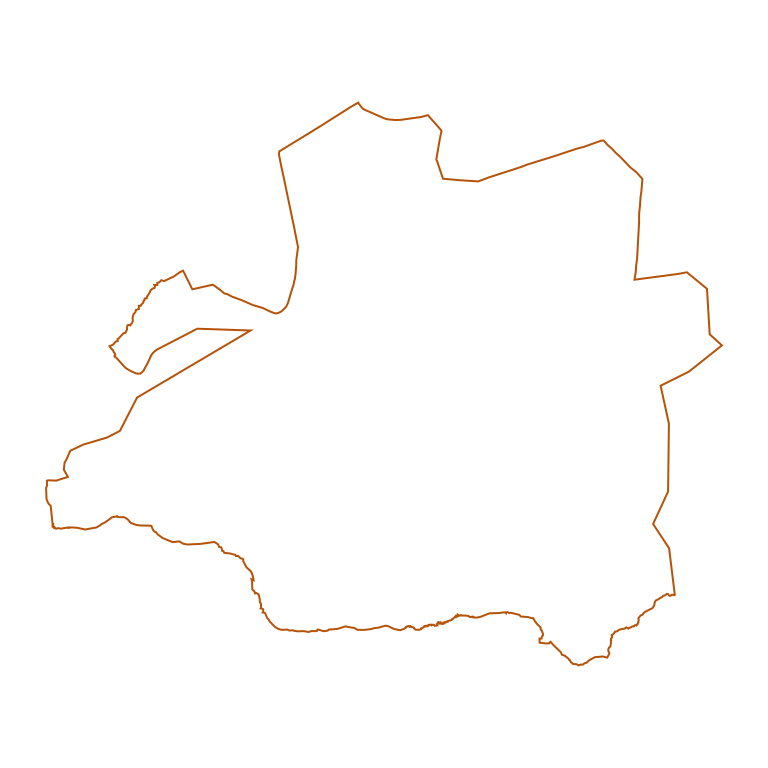 outline of Leikanger nor, Sogn og Fjordane, Norway
{"feature_id": "86288312B45194793520857", "entity_name": "Leikanger nor", "entity_type": "district", "adm_level": 2, "iso_a3": "NOR", "parent_name": "Norway", "parent_adm1": "Sogn og Fjordane", "projection": "orthographic", "projection_center": [6.794, 61.244], "detail": "fine", "context": "isolated", "style": "outline", "palette": "amber", "viewbox_px": 768, "rotation_deg": 0, "n_neighbors": 0, "source": "geoboundaries", "source_scale": "gbopen_adm2", "svg_char_len": 6066}
<svg xmlns="http://www.w3.org/2000/svg" viewBox="0 0 768 768"><path d="M183.1,270.7L179.5,272.4L173.8,276.5L164.0,281.1L161.3,280.2L159.3,282.3L157.3,282.8L157.4,284.9L154.4,285.0L154.9,286.0L154.9,287.0L154.5,288.0L152.4,288.6L151.5,289.6L150.5,290.2L150.0,292.2L149.1,293.3L148.1,295.3L147.1,296.4L146.7,298.4L144.7,298.5L144.4,300.2L143.7,300.6L143.3,302.6L141.3,304.7L140.9,305.7L138.8,305.8L138.9,308.9L135.9,310.0L135.5,312.0L133.5,314.1L132.6,317.2L132.8,321.3L131.8,323.3L130.8,324.4L130.4,325.4L129.3,324.9L128.3,325.0L127.3,325.5L127.0,329.6L125.5,332.7L123.5,333.2L118.6,338.5L117.6,339.0L117.7,341.1L115.7,341.6L112.8,344.8L109.5,346.2L111.4,348.8L112.9,350.0L113.7,351.9L115.1,354.0L115.3,354.8L114.4,356.2L114.6,356.6L116.5,357.9L123.9,366.2L126.2,368.4L131.2,371.3L136.3,373.5L140.1,373.7L141.7,372.6L143.4,370.8L147.9,362.6L151.0,355.7L152.8,353.1L155.0,351.0L157.5,349.3L197.3,328.7L250.6,330.5L137.1,397.5L119.9,430.9L106.8,437.6L83.2,444.6L70.2,450.8L66.7,459.0L64.6,462.6L63.8,469.6L67.9,476.9L56.2,480.6L48.3,480.3L46.9,480.7L47.0,485.7L46.1,487.7L46.5,498.9L47.6,501.9L48.7,503.9L50.7,505.8L52.5,523.5L52.8,523.4L53.2,523.8L52.8,524.3L52.5,523.7L52.6,524.9L52.9,525.1L52.6,525.4L53.8,526.5L51.6,526.5L53.6,526.8L53.6,527.5L53.8,527.9L56.3,528.7L58.5,528.1L60.4,528.7L68.6,527.4L68.6,527.9L71.3,527.4L77.3,527.8L85.2,529.5L96.3,527.5L100.1,525.4L101.9,523.8L103.9,523.1L108.6,519.9L111.9,517.3L116.1,516.6L117.1,516.1L117.5,516.8L119.6,517.2L123.6,517.1L125.7,518.0L128.4,520.0L129.4,521.5L130.9,522.9L136.3,525.0L141.0,525.5L149.0,525.6L151.4,525.9L153.0,529.8L154.4,531.6L156.0,532.2L157.7,534.4L162.8,538.1L172.6,542.1L179.3,541.4L183.2,543.7L187.3,544.5L200.5,543.9L214.2,542.0L216.8,543.4L218.4,544.9L219.0,546.9L221.0,547.3L221.5,547.8L222.1,550.8L223.4,551.2L224.2,552.8L230.2,553.5L235.4,554.9L236.0,556.1L238.0,555.9L240.6,558.3L242.7,558.8L243.2,559.3L243.3,561.3L246.5,567.3L250.7,571.2L251.8,573.2L252.9,576.2L253.6,580.2L251.5,579.3L252.1,581.3L252.3,589.4L254.4,591.4L255.0,593.4L256.0,592.9L258.6,594.3L259.8,599.3L259.9,602.4L260.9,603.4L261.1,607.4L260.6,608.4L262.6,608.9L263.2,609.4L263.2,611.4L262.7,612.4L264.8,612.9L265.3,613.4L266.4,616.4L267.5,618.4L268.6,619.4L269.6,621.3L273.3,625.3L275.4,627.2L278.3,628.9L281.4,629.8L287.4,629.6L289.5,630.6L292.7,630.2L294.0,630.8L297.6,631.3L303.7,631.1L308.6,632.0L312.0,630.9L314.7,631.2L317.1,630.8L317.1,630.5L317.5,629.7L318.1,629.5L323.6,631.2L327.7,630.6L328.7,629.6L337.4,628.9L345.3,626.4L354.6,628.1L357.3,629.8L364.4,629.9L370.9,629.1L374.9,628.0L377.9,627.8L385.3,625.7L387.9,626.0L393.2,628.6L399.0,630.1L400.5,630.1L404.0,628.8L406.2,627.4L406.1,626.9L408.5,626.0L409.1,626.1L409.4,626.7L410.3,626.2L410.5,626.7L410.9,626.5L412.1,627.2L413.4,627.4L413.9,627.7L414.0,628.4L415.6,629.7L419.3,629.8L421.1,629.1L421.1,628.4L422.6,627.9L423.9,626.8L424.7,626.8L425.0,626.4L424.8,626.0L426.6,625.6L426.6,625.2L427.2,626.4L428.6,625.6L428.6,624.9L430.9,624.6L431.4,625.4L432.6,624.7L434.0,624.9L434.7,625.8L437.3,625.5L436.9,624.2L437.7,624.0L437.7,623.0L438.3,622.9L438.1,622.2L438.3,622.1L439.7,622.4L439.9,624.5L440.1,623.7L440.7,623.6L441.0,622.9L441.3,623.5L442.3,624.0L443.4,623.8L443.3,622.8L444.4,622.9L444.4,622.3L445.1,622.0L445.7,622.3L445.9,621.8L447.7,621.8L447.9,621.0L450.1,620.4L450.7,620.5L451.5,620.1L451.8,619.3L452.7,619.0L454.9,616.9L455.3,617.1L455.7,616.3L455.9,616.6L456.9,616.3L457.0,616.0L457.1,616.4L457.4,616.0L458.0,616.2L458.9,615.9L458.8,615.4L459.2,615.7L460.6,615.2L460.6,615.5L461.7,615.5L466.0,615.6L468.7,616.1L469.5,616.9L472.0,617.0L472.4,616.6L473.5,616.8L473.7,617.1L473.6,617.4L476.8,617.6L480.3,616.9L489.6,613.3L499.7,613.0L503.7,612.3L505.6,612.6L506.0,613.1L506.2,612.2L507.7,612.2L509.4,613.1L511.1,612.8L519.4,614.9L520.8,616.5L528.1,617.1L531.6,618.1L533.2,618.2L535.1,621.5L537.5,624.5L540.6,627.4L540.7,629.4L541.6,630.3L542.9,633.4L542.9,635.5L541.9,636.5L541.5,638.6L539.5,638.6L539.6,642.7L546.4,643.5L549.3,643.3L549.6,642.5L550.6,641.8L553.2,644.9L560.7,652.1L562.0,654.8L564.6,655.6L568.4,658.6L569.2,659.9L569.9,660.1L570.7,662.1L571.8,662.7L572.9,663.9L576.9,664.3L578.4,665.4L580.4,664.6L582.9,664.6L584.5,663.3L586.7,662.6L589.1,660.3L594.8,657.2L602.8,656.5L607.2,657.6L609.4,653.5L609.2,652.7L608.3,651.0L608.3,649.2L609.1,647.5L609.8,647.1L610.5,645.9L610.8,643.8L611.0,641.9L610.8,640.9L611.1,640.1L610.9,639.5L611.0,638.6L611.7,638.0L612.2,636.3L611.6,635.1L613.3,634.1L615.0,631.7L617.2,631.3L618.8,629.9L620.9,629.2L624.7,628.7L626.2,627.4L628.6,628.6L629.2,627.8L631.0,627.3L632.2,626.4L633.8,626.5L634.5,625.4L635.6,625.2L636.5,625.5L636.7,625.3L636.8,624.6L637.5,624.4L637.7,623.5L638.4,622.6L638.3,621.8L638.6,620.9L638.7,620.1L638.6,619.3L638.3,618.7L638.9,617.5L640.7,615.4L642.3,614.9L643.8,612.9L645.3,611.7L652.5,608.1L654.2,605.5L654.6,603.1L655.1,601.6L655.8,600.5L658.3,599.3L660.4,597.8L661.8,597.3L663.2,595.7L664.8,595.5L667.0,593.8L668.2,594.2L668.8,595.2L669.8,595.9L670.6,595.7L671.9,594.6L674.4,595.2L674.8,594.9L669.1,548.3L653.1,524.0L668.1,491.5L668.9,423.7L660.6,385.7L688.8,371.7L721.9,345.4L709.7,334.3L707.0,288.8L686.9,272.3L677.7,274.0L634.5,279.7L635.7,272.1L636.3,264.4L637.1,258.5L639.1,221.6L639.1,213.6L640.0,205.7L640.5,197.6L641.4,191.2L642.4,178.9L636.5,172.4L630.1,167.2L620.6,157.2L615.7,152.8L612.2,149.0L607.3,144.7L603.7,140.6L601.0,140.7L583.7,146.9L576.1,148.9L553.9,156.3L527.4,164.5L521.3,166.9L489.5,177.2L478.2,181.4L459.3,180.2L443.0,178.7L437.6,162.7L436.3,159.5L439.8,139.0L441.5,131.1L441.0,130.1L427.9,115.2L421.1,117.0L400.4,119.9L395.2,120.0L388.2,119.4L384.6,118.5L364.6,109.7L362.7,108.6L358.8,103.8L358.3,102.6L350.8,106.9L320.5,126.1L279.3,151.4L278.9,154.4L281.2,166.0L283.3,175.5L294.7,230.2L298.0,247.1L296.3,260.3L296.2,265.9L295.5,274.5L294.8,279.2L294.0,282.0L293.5,284.9L291.2,291.8L288.0,302.9L286.0,307.0L281.4,311.4L279.3,312.5L276.2,313.5L273.7,312.9L269.9,311.4L262.6,307.9L253.2,305.2L241.7,300.2L231.9,296.6L227.4,294.2L224.3,293.4L219.4,289.3L212.8,284.7L192.3,289.3L183.1,270.7Z" fill="none" stroke="#b45309" stroke-width="2"/></svg>